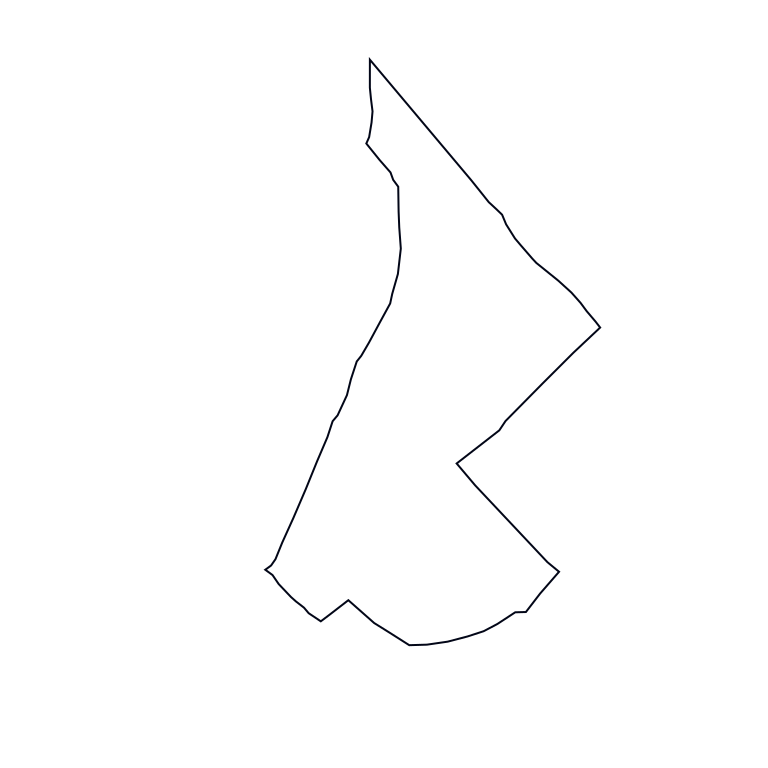 outline of Doun Penh, Phnom Penh, Cambodia, rotated 233°
{"feature_id": "14789045B63307875451806", "entity_name": "Doun Penh", "entity_type": "district", "adm_level": 2, "iso_a3": "KHM", "parent_name": "Cambodia", "parent_adm1": "Phnom Penh", "projection": "robinson", "projection_center": [104.926, 11.572], "detail": "fine", "context": "isolated", "style": "outline", "palette": "ink", "viewbox_px": 768, "rotation_deg": 233, "n_neighbors": 0, "source": "geoboundaries", "source_scale": "gbopen_adm2", "svg_char_len": 1102}
<svg xmlns="http://www.w3.org/2000/svg" viewBox="0 0 768 768"><g transform="rotate(233 384 384)"><path d="M586.7,514.6L565.5,515.3L549.0,516.5L541.5,514.2L533.0,514.1L513.0,499.5L500.0,490.5L482.0,478.9L463.5,461.3L451.1,444.9L444.6,437.4L435.8,418.0L426.1,396.9L420.2,382.8L418.4,375.8L407.6,360.3L397.4,347.7L386.9,328.1L385.2,320.6L375.6,306.8L362.4,283.8L347.2,258.4L331.6,231.1L318.6,207.3L309.4,191.9L307.0,184.6L307.1,177.4L298.5,180.0L287.6,179.5L270.0,181.5L263.4,182.8L253.5,185.5L246.3,185.9L232.5,190.7L232.5,201.7L232.8,225.4L199.0,232.3L181.8,238.9L160.2,247.0L150.0,261.4L139.9,279.8L132.1,298.8L126.6,314.8L124.1,330.2L122.7,351.4L116.5,360.1L122.7,382.6L128.7,410.8L143.3,407.3L248.2,395.8L276.8,394.2L277.6,448.2L281.3,458.8L289.0,511.1L295.0,554.1L299.0,590.6L306.5,590.5L320.3,589.7L330.4,589.8L344.2,588.7L361.6,585.4L389.1,578.5L395.0,577.9L412.6,576.7L421.4,576.2L438.0,577.6L448.1,580.2L455.7,579.0L466.2,577.1L477.7,576.8L494.4,576.3L651.5,567.9L629.1,551.0L619.4,545.1L608.6,538.9L600.3,531.4L590.1,520.7L586.7,514.6Z" fill="none" stroke="#020617" stroke-width="2"/></g></svg>